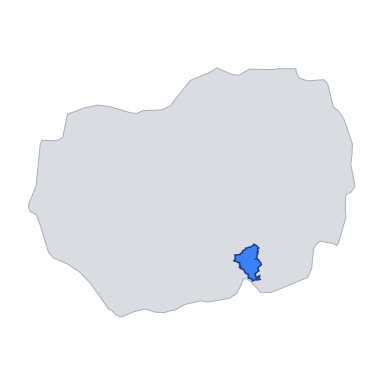 Saraj, Saraj, North Macedonia shown in context, rotated 183°
{"feature_id": "65306769B68285102273894", "entity_name": "Saraj", "entity_type": "district", "adm_level": 2, "iso_a3": "MKD", "parent_name": "North Macedonia", "parent_adm1": "Saraj", "projection": "albers", "projection_center": [21.239, 42.003], "detail": "fine", "context": "in_parent", "style": "filled", "palette": "blue", "viewbox_px": 384, "rotation_deg": 183, "n_neighbors": 0, "source": "geoboundaries", "source_scale": "gbopen_adm2", "svg_char_len": 2372}
<svg xmlns="http://www.w3.org/2000/svg" viewBox="0 0 384 384"><g transform="rotate(183 192 192)"><path d="M170.9,82.9L177.9,83.8L193.2,79.3L202.6,73.3L207.4,72.3L213.8,70.0L223.1,70.2L232.5,72.8L244.3,69.2L256.0,63.4L260.7,64.8L265.8,69.5L269.2,70.8L288.9,95.8L299.7,105.9L312.4,113.5L326.9,118.9L332.1,124.3L341.8,151.0L346.4,161.2L352.6,164.1L354.1,167.0L354.5,170.9L348.0,190.0L346.0,232.4L344.3,235.8L337.1,235.8L327.5,236.9L323.9,240.2L320.4,263.1L305.0,269.9L290.9,273.8L279.0,273.1L258.1,268.0L251.3,267.5L245.5,270.6L226.8,272.4L218.7,276.5L199.6,303.3L180.1,312.6L173.5,317.3L158.6,311.5L151.4,310.9L141.1,317.7L118.4,318.4L112.3,319.6L94.8,320.6L94.1,316.9L90.9,311.5L82.8,309.0L66.1,311.0L62.1,307.1L55.4,284.4L50.1,280.7L44.2,273.0L34.3,248.3L34.2,237.5L34.9,228.1L29.5,206.0L33.0,200.5L38.2,197.0L38.4,188.1L37.0,174.6L43.3,148.1L45.0,146.2L46.5,147.5L61.3,149.7L65.1,146.4L67.6,141.2L68.5,121.8L72.0,112.8L107.6,95.9L118.0,95.3L126.0,103.1L132.4,108.1L136.2,108.0L137.6,102.9L141.9,93.2L149.2,87.7L170.7,82.9L170.9,82.9Z" fill="#d9dde1" stroke="#a8b0b8" stroke-width="1"/><path d="M127.4,143.1L128.2,141.8L130.8,140.0L132.8,139.7L134.1,138.9L135.6,138.7L135.5,137.5L138.5,135.8L138.7,135.0L138.3,134.0L140.4,133.2L140.8,131.9L143.9,131.7L146.0,131.2L145.5,130.0L145.2,128.0L146.6,125.4L145.7,124.9L144.8,125.4L142.4,124.0L141.3,124.2L140.6,123.8L141.1,123.3L141.0,122.5L139.8,121.1L139.6,119.8L139.9,119.7L140.5,120.3L140.8,119.9L141.0,120.2L140.8,119.4L140.2,119.2L139.6,118.2L138.4,118.4L137.6,117.4L136.9,117.6L135.6,116.2L135.2,114.8L134.5,114.1L133.3,113.2L131.5,112.9L131.8,112.4L131.3,111.3L131.4,109.6L131.1,109.4L131.0,109.1L130.9,109.0L130.4,109.0L130.2,109.1L129.5,108.4L128.9,108.6L128.5,108.7L128.0,108.6L127.6,107.6L127.2,106.9L127.0,106.2L126.2,106.9L125.1,107.1L124.4,107.7L122.6,107.5L121.4,108.0L120.0,108.0L119.5,108.4L120.5,108.7L120.5,110.2L120.0,111.0L120.0,112.0L122.2,110.7L122.2,110.1L123.1,109.2L123.5,109.6L124.0,111.9L124.5,112.1L124.3,113.2L124.9,113.6L121.0,116.8L121.5,117.2L121.7,118.4L122.5,119.2L121.1,121.1L118.9,122.9L119.8,125.1L120.9,126.1L121.9,127.7L122.3,127.6L123.2,128.5L124.6,128.5L123.7,129.0L123.8,132.0L123.1,133.8L123.7,134.3L123.2,134.6L123.6,135.3L123.0,135.8L123.5,136.1L123.1,136.9L123.6,138.6L122.3,139.6L123.9,140.8L124.2,141.4L127.4,143.1Z" fill="#3b82f6" stroke="#1e3a8a" stroke-width="1.5"/></g></svg>